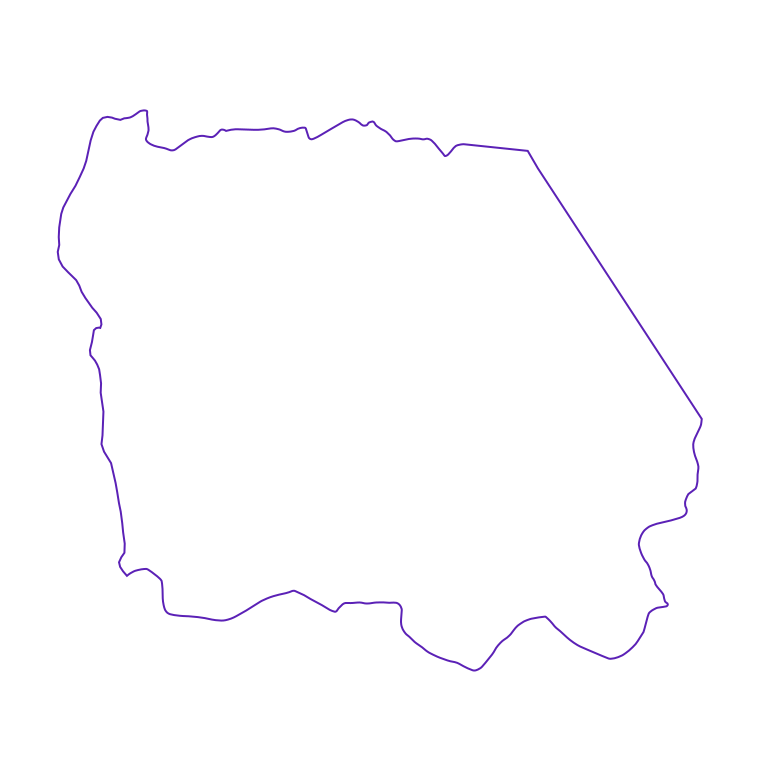 San Antonio de Flores, Choluteca, Honduras, rotated 265°
{"feature_id": "27666195B54922271453671", "entity_name": "San Antonio de Flores", "entity_type": "district", "adm_level": 2, "iso_a3": "HND", "parent_name": "Honduras", "parent_adm1": "Choluteca", "projection": "albers", "projection_center": [-87.34, 13.649], "detail": "fine", "context": "isolated", "style": "outline", "palette": "violet", "viewbox_px": 768, "rotation_deg": 265, "n_neighbors": 0, "source": "geoboundaries", "source_scale": "gbopen_adm2", "svg_char_len": 6118}
<svg xmlns="http://www.w3.org/2000/svg" viewBox="0 0 768 768"><g transform="rotate(265 384 384)"><path d="M585.4,556.1L603.7,547.5L615.9,484.5L616.0,483.1L615.9,481.2L615.5,478.2L615.2,477.2L614.8,476.2L613.1,474.0L609.8,470.9L607.0,467.9L606.4,467.0L606.0,466.1L605.8,465.3L605.8,464.6L606.4,464.0L608.4,462.8L613.8,459.0L618.9,455.6L622.0,453.0L622.9,452.1L623.6,451.0L624.2,449.7L624.6,448.4L624.6,447.5L624.3,445.6L624.3,444.3L624.5,443.3L625.2,441.0L625.5,439.5L625.8,437.1L626.0,433.8L625.9,430.0L624.7,419.9L624.6,418.1L624.8,416.9L625.5,415.8L626.7,414.5L627.9,413.6L631.1,411.7L634.9,408.4L636.3,406.6L637.8,404.1L638.6,402.9L640.8,400.2L641.9,399.0L642.7,398.4L643.6,397.9L644.9,397.3L645.6,396.9L646.2,396.1L646.5,395.4L646.3,393.8L645.8,391.9L645.1,391.0L643.7,389.9L643.3,389.2L643.1,388.0L643.1,386.7L643.3,385.7L643.9,384.8L644.7,383.8L646.1,382.6L647.2,381.4L648.9,379.0L649.7,377.5L650.2,376.1L650.4,374.5L650.4,372.8L650.1,371.1L649.4,368.2L648.4,365.6L642.8,353.7L637.8,343.3L635.9,339.2L634.6,335.7L634.2,334.2L634.1,333.1L634.3,332.4L634.7,331.6L635.4,330.9L635.9,330.6L636.8,330.3L645.3,328.4L646.0,327.9L646.3,327.2L646.5,325.1L646.3,322.7L645.7,320.4L644.5,317.9L644.0,316.3L643.6,313.0L643.6,310.0L643.8,308.2L644.3,306.5L644.9,305.2L646.3,302.8L646.9,301.4L647.8,298.7L648.4,296.1L648.5,293.5L648.1,286.9L648.2,280.5L648.6,276.3L650.5,260.6L650.7,258.1L650.6,253.7L649.9,248.7L650.5,247.9L651.1,246.8L651.5,245.5L651.6,244.5L651.4,243.7L651.1,243.0L648.3,240.0L646.5,237.8L645.6,236.3L645.1,235.0L645.0,233.9L645.2,232.3L645.9,229.3L646.8,226.2L647.0,225.0L647.1,223.7L647.1,221.8L646.8,219.7L646.3,217.1L645.5,213.9L644.7,211.8L644.0,210.1L635.9,196.8L635.3,195.2L635.2,194.1L635.2,193.1L635.4,191.9L635.9,190.7L637.4,187.6L638.2,185.6L640.1,179.1L641.4,175.7L643.0,172.8L643.8,171.6L645.6,169.6L646.9,168.7L648.1,168.2L649.0,168.2L650.3,168.7L653.0,170.1L656.7,171.4L657.6,171.6L660.3,171.7L666.1,171.3L669.1,171.5L673.0,171.4L675.7,171.8L676.5,171.7L676.9,171.2L677.3,170.0L677.5,168.7L677.4,167.0L677.2,165.2L676.8,164.2L674.4,160.2L672.7,157.1L672.0,155.3L671.6,154.0L671.4,152.0L671.3,150.1L671.3,148.4L670.1,144.4L671.7,139.1L673.1,136.2L674.2,131.8L673.6,127.1L671.2,123.9L666.2,120.1L660.6,116.5L652.2,113.0L632.2,106.8L624.9,103.6L616.8,99.0L608.3,93.9L600.7,88.2L587.8,79.9L581.6,77.3L568.3,74.1L558.7,72.8L550.8,72.6L544.0,70.5L536.5,70.9L529.0,74.1L522.7,79.2L514.3,86.4L508.6,89.0L502.2,90.8L495.7,94.0L485.4,100.0L480.0,104.0L473.4,107.5L468.0,107.7L464.6,106.2L465.0,104.9L464.8,102.2L462.9,99.7L458.9,98.7L451.2,96.7L443.4,94.0L438.2,94.1L435.7,95.9L432.5,98.1L428.3,100.0L423.5,101.5L417.7,101.9L409.3,102.2L400.0,101.0L381.0,102.1L357.4,99.1L348.7,97.3L341.0,99.2L329.0,105.2L308.7,108.0L299.6,108.8L288.4,109.6L279.8,110.6L268.3,111.1L258.9,111.2L247.6,111.8L238.5,110.7L234.3,107.2L229.5,104.5L224.8,105.2L220.2,107.7L215.3,111.2L216.6,113.1L217.6,114.9L219.1,118.3L219.6,119.9L220.1,122.7L220.5,126.0L220.6,128.8L220.5,131.1L220.2,131.9L219.6,132.9L216.9,136.2L212.1,141.4L209.3,144.0L208.3,144.7L207.2,145.3L204.5,145.5L199.1,145.5L189.8,144.9L186.5,144.9L183.0,145.2L180.4,145.6L178.1,146.2L176.4,147.1L174.9,148.3L173.9,149.7L173.3,150.9L172.1,154.8L170.9,160.4L170.4,163.4L169.6,169.4L168.0,178.3L166.4,185.1L164.3,192.1L163.4,195.8L162.5,201.3L162.4,203.3L162.5,205.4L162.9,208.0L163.6,211.1L164.5,213.9L165.6,216.6L170.3,226.9L178.0,241.9L178.7,243.5L180.5,248.6L181.5,252.0L182.3,255.4L183.3,261.1L184.2,268.0L184.9,271.5L185.8,274.5L185.9,275.6L185.8,276.7L185.4,277.6L180.6,286.0L176.2,292.1L169.1,302.9L163.7,310.3L162.4,312.7L161.4,315.2L161.4,315.7L161.5,316.2L162.0,317.1L164.6,319.3L168.1,323.5L168.9,325.1L169.2,326.6L169.1,328.0L168.7,331.6L168.6,333.7L168.6,338.2L168.5,340.5L168.1,342.6L167.1,345.9L166.8,347.9L166.7,350.5L167.0,355.2L167.0,357.9L166.5,364.3L165.6,370.1L165.4,374.4L165.0,377.0L164.7,377.8L164.1,378.8L163.4,379.6L162.6,380.3L161.6,380.9L160.5,381.4L158.3,382.0L157.2,382.0L148.1,380.5L145.5,380.2L143.0,380.2L141.3,380.4L139.7,380.8L138.0,381.3L135.7,382.4L133.6,383.7L132.6,384.5L130.0,387.2L124.4,392.0L122.9,393.6L118.3,399.1L115.0,402.4L113.6,404.0L112.3,405.7L110.0,409.4L107.8,413.2L106.3,416.1L103.1,423.1L102.0,426.0L100.8,430.2L99.8,432.7L98.6,434.7L96.0,438.5L93.5,442.6L91.1,447.3L90.7,448.7L90.7,450.3L91.3,452.5L92.6,455.4L93.7,456.9L97.4,460.7L105.0,468.0L107.3,469.9L111.3,472.7L113.7,474.9L116.0,477.4L117.6,479.4L118.5,480.8L120.6,484.5L122.5,487.0L123.8,488.5L127.5,491.8L129.5,493.7L130.9,495.3L131.9,496.6L133.3,499.0L135.0,502.2L135.4,503.1L136.3,506.0L137.0,508.7L137.3,510.2L138.0,517.8L138.2,523.3L138.2,524.3L137.8,525.0L135.3,527.3L133.5,528.8L130.8,530.8L127.8,532.8L126.0,534.3L122.4,538.0L115.5,544.3L112.9,546.9L109.8,550.4L107.1,553.9L105.4,556.5L101.7,563.3L94.1,577.6L91.0,583.7L90.7,584.6L90.5,585.8L90.6,588.0L90.7,589.7L91.5,593.5L92.8,597.4L93.5,598.9L94.8,601.2L97.1,604.8L100.1,608.7L103.0,612.0L105.8,614.4L114.3,620.9L117.6,622.2L129.0,626.3L132.0,627.6L133.0,628.3L134.0,629.6L135.2,631.5L136.1,633.5L137.0,635.7L137.3,637.1L137.6,642.5L137.9,645.9L138.2,646.5L138.6,647.0L139.2,647.4L139.6,647.5L140.2,647.4L140.7,647.2L141.9,645.8L142.6,645.2L143.3,644.9L145.9,644.4L149.1,644.1L149.8,643.9L150.7,643.5L153.0,642.1L158.2,638.4L160.7,637.0L163.2,636.6L164.7,636.1L166.1,635.5L168.0,634.4L169.5,633.9L171.1,633.6L173.2,633.4L174.8,633.2L177.7,632.5L179.8,631.8L182.7,630.5L185.4,628.6L187.0,627.8L191.1,626.1L193.3,625.4L197.8,624.3L201.2,623.9L202.3,623.9L203.7,624.2L207.3,625.3L210.8,627.0L212.7,628.3L214.1,629.4L215.5,630.7L216.9,632.6L218.1,634.5L218.9,636.0L219.9,639.1L221.0,643.6L223.1,658.1L224.9,667.1L225.7,669.6L226.6,671.4L227.6,672.7L228.8,673.7L230.2,674.3L231.2,674.5L232.1,674.6L233.8,674.3L236.2,673.5L238.7,673.5L240.3,673.7L242.6,674.6L245.7,676.2L247.8,677.6L252.7,685.4L255.0,686.5L258.1,687.4L259.8,687.8L266.5,688.5L272.4,689.8L274.4,690.0L276.9,689.7L279.5,689.2L285.3,687.6L289.3,686.9L293.4,686.6L297.0,686.8L299.3,687.4L302.6,688.8L313.3,695.1L314.5,695.7L315.9,696.3L318.0,696.8L321.5,697.5L585.4,556.1Z" fill="none" stroke="#5b21b6" stroke-width="2"/></g></svg>